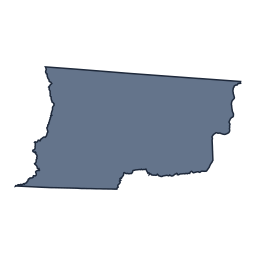 Guarantã do Norte, Mato Grosso, Brazil
{"feature_id": "56859067B35045654175735", "entity_name": "Guarantã do Norte", "entity_type": "district", "adm_level": 2, "iso_a3": "BRA", "parent_name": "Brazil", "parent_adm1": "Mato Grosso", "projection": "mercator", "projection_center": [-54.654, -9.78], "detail": "fine", "context": "isolated", "style": "filled", "palette": "slate", "viewbox_px": 256, "rotation_deg": 0, "n_neighbors": 0, "source": "geoboundaries", "source_scale": "gbopen_adm2", "svg_char_len": 5150}
<svg xmlns="http://www.w3.org/2000/svg" viewBox="0 0 256 256"><path d="M129.3,73.4L103.1,71.3L75.2,69.1L45.4,66.9L45.8,67.7L46.0,68.6L46.3,69.3L45.9,70.5L45.6,71.5L45.7,72.5L46.1,73.0L46.4,73.9L47.1,74.0L47.2,75.1L47.2,76.2L47.5,76.9L47.7,77.8L48.1,78.6L48.8,79.4L49.0,80.1L49.2,81.3L49.8,81.8L50.7,82.1L51.3,82.8L51.8,83.5L51.1,84.2L50.4,84.5L50.0,85.6L49.2,86.3L48.6,87.1L49.2,87.6L49.2,88.3L49.1,89.0L49.2,89.7L49.9,90.6L50.2,91.8L50.0,93.0L50.4,94.0L50.1,95.1L50.2,96.0L51.2,97.0L51.1,97.7L51.1,98.4L51.3,99.1L51.3,99.9L51.8,100.5L51.9,101.1L52.0,102.0L52.8,102.4L53.4,102.9L53.6,103.5L54.2,104.0L53.9,104.7L54.0,105.4L53.2,106.2L52.8,106.8L52.5,107.5L52.5,108.9L52.5,109.7L51.8,111.6L51.6,112.3L51.4,113.1L51.1,114.1L51.8,115.3L50.7,115.7L50.9,116.5L50.7,117.1L50.1,117.9L50.3,118.8L49.7,119.8L49.4,121.3L49.2,122.0L48.8,122.5L48.8,123.2L48.7,124.0L47.8,124.9L47.7,126.3L47.5,127.0L46.9,127.6L46.9,128.3L47.3,129.3L47.4,130.1L47.8,131.1L47.8,132.2L47.2,133.0L46.9,134.2L46.7,135.1L46.1,136.3L45.2,137.3L44.4,137.0L43.7,137.1L42.8,137.7L42.1,138.3L41.5,138.8L40.8,139.2L40.5,139.9L40.3,140.7L39.7,140.8L39.0,140.2L38.2,140.2L37.9,140.9L37.4,141.6L36.8,142.2L36.0,142.1L35.1,141.8L34.5,142.4L35.3,143.1L35.3,144.0L35.2,145.0L35.3,145.8L35.0,146.7L35.2,147.3L35.1,148.0L35.0,148.7L34.5,149.4L33.8,149.9L33.0,150.1L32.7,151.0L33.3,151.8L34.1,152.1L34.9,152.7L35.3,152.0L35.8,152.4L35.7,153.4L36.1,154.3L36.6,154.7L37.0,155.6L37.1,156.4L36.7,157.5L37.0,158.6L36.2,159.6L36.2,160.6L36.2,161.5L35.9,162.4L35.4,163.2L34.6,163.5L34.9,164.3L35.7,164.8L36.2,165.4L36.7,165.9L37.0,166.6L37.2,167.4L37.3,168.2L38.1,168.6L38.9,168.5L39.0,169.2L39.5,170.1L39.0,170.6L38.4,170.1L37.3,170.6L36.1,171.2L35.6,172.0L35.9,173.0L36.2,173.5L36.3,174.5L36.0,175.4L35.2,175.9L34.4,175.8L33.5,175.7L33.1,176.5L33.1,177.4L32.2,177.8L31.1,178.0L30.0,177.9L29.5,178.8L28.6,178.9L28.1,179.7L28.0,180.8L27.2,181.4L26.8,182.1L26.7,182.7L25.8,183.0L24.9,183.4L24.5,184.1L23.5,183.7L22.7,184.4L21.8,184.8L20.9,184.3L20.0,184.8L19.1,184.8L18.3,184.7L17.5,185.1L16.5,186.0L42.8,187.3L45.4,187.4L47.9,187.5L49.4,187.6L56.3,187.7L60.0,187.8L64.4,187.9L68.3,188.0L69.0,188.0L77.2,188.2L81.4,188.5L84.5,188.5L87.5,188.6L90.7,188.6L93.9,188.7L97.0,188.8L100.1,188.8L102.9,188.9L105.7,188.9L108.9,189.0L111.5,189.0L114.1,189.1L116.9,189.1L117.1,188.2L117.5,187.5L118.2,187.1L117.8,186.1L117.8,185.3L118.2,184.8L118.7,184.4L119.2,183.8L119.6,183.3L120.1,182.7L120.1,181.9L119.5,181.1L120.8,180.2L120.1,179.7L119.9,178.8L120.5,178.1L121.5,178.2L121.8,177.3L122.5,176.6L122.9,175.9L123.4,175.3L123.6,174.2L123.7,172.9L124.4,172.6L125.6,173.4L126.4,173.6L127.4,173.4L128.2,173.7L129.6,173.7L130.5,173.5L131.2,173.6L131.9,173.1L132.5,172.2L132.7,171.3L133.1,170.5L134.7,170.2L135.6,169.9L137.3,169.8L138.0,169.7L138.7,169.6L139.7,169.5L140.5,169.7L141.3,169.2L141.9,169.6L142.5,169.7L143.1,169.5L144.1,169.5L145.2,169.4L145.9,169.1L146.3,169.8L146.5,170.7L147.1,171.5L147.4,172.1L147.9,173.2L148.8,172.8L149.4,173.3L149.2,174.6L150.2,173.8L151.1,174.2L151.5,174.9L152.7,175.1L154.0,175.2L154.9,175.1L155.8,175.3L156.7,175.1L157.3,174.2L157.9,174.7L158.6,175.5L159.0,175.9L159.9,176.1L161.0,176.5L161.7,176.5L162.6,176.3L163.2,175.8L164.1,175.8L164.8,175.6L165.8,175.5L166.4,175.3L167.4,175.4L168.5,175.8L169.3,175.5L169.7,175.0L170.5,175.5L171.3,176.0L172.1,176.0L173.1,175.7L173.9,175.1L174.8,174.3L175.8,173.9L176.7,173.3L177.3,173.7L177.4,174.7L178.6,174.8L179.3,174.4L180.1,174.0L180.8,173.9L181.5,173.9L183.4,173.7L184.1,173.6L184.9,173.9L185.8,173.4L186.6,173.5L187.3,173.8L188.1,173.3L189.7,173.4L189.9,172.6L190.4,172.0L191.5,171.3L192.2,171.7L192.7,172.3L193.3,172.8L194.7,172.5L195.3,172.3L197.2,171.8L198.3,171.7L199.2,172.3L200.0,172.3L201.1,171.4L201.7,171.2L203.1,171.2L204.2,171.3L206.1,171.2L206.6,170.9L207.4,169.8L207.9,169.1L208.4,168.4L209.1,167.4L209.4,166.8L209.6,166.1L209.9,165.5L210.4,164.5L211.0,163.5L211.5,162.8L212.1,162.0L212.3,161.3L212.9,160.4L212.6,152.6L212.6,151.8L212.5,150.3L212.4,146.4L212.1,139.8L212.4,139.0L212.4,138.0L212.0,137.2L212.1,136.5L212.8,135.5L213.2,134.9L213.9,134.2L214.8,133.6L216.0,132.7L216.8,132.8L217.5,133.1L218.3,133.2L219.3,133.1L220.1,133.1L221.2,133.6L222.0,133.8L222.7,134.1L223.3,134.2L224.2,134.4L224.9,134.4L225.6,134.2L226.6,133.8L227.7,133.3L228.7,132.7L229.2,132.0L229.6,131.1L229.7,130.1L229.4,128.6L229.6,127.9L229.7,127.0L229.5,125.8L230.0,124.2L229.7,123.5L229.3,122.8L229.0,122.1L229.2,121.4L229.7,120.5L230.3,119.0L230.8,118.4L231.4,117.7L231.9,117.4L232.8,117.0L233.4,116.1L233.4,115.0L233.5,114.2L233.4,113.6L232.9,112.5L232.6,111.9L232.3,111.0L232.2,109.8L232.0,109.2L231.9,108.2L231.7,106.9L231.7,105.9L231.4,104.7L231.4,104.0L231.5,103.2L231.6,102.4L231.8,101.6L232.2,100.8L232.5,100.3L233.0,99.8L234.0,98.7L234.3,98.2L234.4,97.6L234.0,96.1L233.8,95.2L233.6,94.6L233.3,93.8L233.2,92.4L233.0,91.7L232.9,90.7L233.1,89.6L233.2,88.6L233.4,87.9L234.0,87.1L234.1,86.2L235.0,85.5L235.7,85.1L236.4,85.1L237.3,84.9L237.7,84.2L238.2,83.4L239.0,83.5L240.6,83.3L240.4,82.4L240.6,81.5L199.3,78.5L198.7,78.5L129.3,73.4ZM16.5,186.0L15.7,185.7L15.4,186.3L16.5,186.0Z" fill="#64748b" stroke="#1e293b" stroke-width="1.5"/></svg>